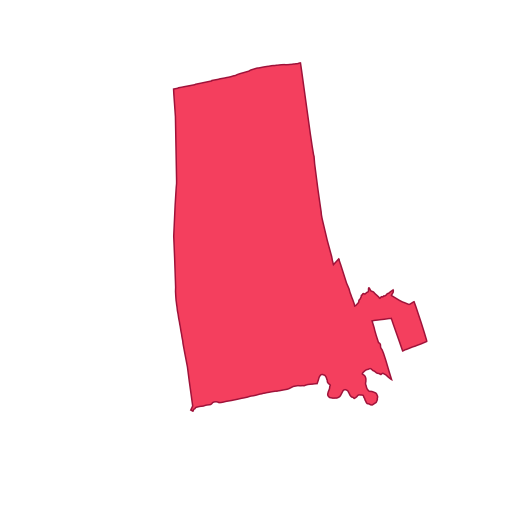 Largu, Buzau, Romania, rotated 152°
{"feature_id": "2599482B79173737631548", "entity_name": "Largu", "entity_type": "district", "adm_level": 2, "iso_a3": "ROU", "parent_name": "Romania", "parent_adm1": "Buzau", "projection": "orthographic", "projection_center": [27.131, 44.958], "detail": "fine", "context": "isolated", "style": "filled", "palette": "rose", "viewbox_px": 512, "rotation_deg": 152, "n_neighbors": 0, "source": "geoboundaries", "source_scale": "gbopen_adm2", "svg_char_len": 5992}
<svg xmlns="http://www.w3.org/2000/svg" viewBox="0 0 512 512"><g transform="rotate(152 256 256)"><path d="M212.6,431.7L213.0,431.4L228.7,436.0L229.7,436.0L245.4,440.9L246.5,440.9L250.4,442.1L252.6,437.4L261.7,416.9L290.9,359.5L292.2,357.1L294.3,353.9L303.5,338.9L319.3,312.2L328.9,292.2L341.7,266.0L343.7,262.5L345.6,258.4L347.5,254.1L347.9,252.9L349.1,249.8L349.6,248.3L351.1,244.5L352.0,241.5L353.4,237.6L354.3,234.7L354.5,233.9L354.9,232.8L355.3,231.7L355.9,229.6L357.6,224.7L358.5,221.7L359.3,219.5L360.6,215.3L361.5,213.1L364.2,204.6L368.6,190.3L373.4,177.6L382.3,153.3L385.9,150.6L385.4,150.0L385.1,149.3L384.9,148.9L384.6,148.7L384.4,148.7L384.1,148.7L383.6,149.4L383.3,149.6L383.0,149.8L381.5,149.9L380.8,150.3L380.4,150.5L379.6,150.4L377.9,150.0L376.1,149.5L373.4,148.4L372.8,148.2L371.4,148.0L370.4,147.8L369.4,147.5L366.3,146.3L366.0,146.2L365.6,146.2L364.7,146.3L363.8,146.6L363.2,146.9L362.7,146.9L361.6,146.8L360.9,146.6L359.6,146.0L358.9,145.5L357.8,144.4L357.3,144.0L357.4,143.9L356.8,143.5L355.5,143.0L353.6,142.4L350.7,141.7L345.1,139.8L344.3,139.6L339.5,138.2L335.7,137.2L334.8,136.9L333.6,136.5L332.9,136.3L331.5,135.9L329.8,135.4L327.4,135.0L326.2,134.7L323.8,133.8L321.3,133.1L317.0,132.2L316.5,131.9L315.4,131.6L314.2,131.4L312.6,130.8L310.6,130.3L308.6,129.6L306.9,129.1L304.8,128.4L303.4,127.9L302.7,127.7L300.9,126.8L299.4,126.4L298.4,126.0L294.4,124.8L291.3,123.8L290.5,123.6L289.2,123.4L284.3,123.3L279.9,121.9L278.0,120.7L275.6,119.6L274.7,119.0L274.3,118.8L272.9,118.7L270.6,118.2L269.3,117.7L267.2,116.8L266.1,116.3L264.9,115.9L262.5,114.9L262.0,114.6L259.6,116.8L258.7,117.7L257.6,118.9L256.9,119.5L255.5,120.3L254.8,120.6L254.2,120.6L253.7,120.5L253.2,120.3L252.8,120.1L252.1,119.2L251.7,118.9L251.3,118.4L251.1,117.6L251.0,117.0L251.0,115.8L251.1,115.0L251.3,114.2L251.4,113.7L251.3,113.2L251.5,112.7L252.0,111.5L252.1,111.0L251.9,109.3L251.1,107.7L251.1,107.2L251.2,106.8L251.9,106.4L253.2,104.6L253.4,104.3L256.1,102.0L256.8,101.2L257.5,100.4L257.8,99.8L258.0,99.2L258.0,98.4L257.8,97.4L257.4,96.5L257.2,96.2L256.4,95.7L255.6,95.0L255.0,94.5L253.7,93.8L253.0,93.5L252.2,93.1L251.5,92.7L250.3,92.5L248.3,92.5L247.3,92.9L246.6,93.3L242.2,96.3L241.8,96.4L240.9,96.4L240.4,96.3L239.7,95.9L239.2,95.4L238.4,94.2L238.3,93.7L238.2,93.4L238.3,92.0L238.2,90.4L238.4,89.7L238.2,87.9L237.7,86.5L236.9,85.8L236.6,85.4L236.4,85.0L236.3,84.3L236.1,84.1L234.4,84.2L232.9,84.5L232.1,84.9L231.4,85.1L230.6,85.1L230.2,85.0L229.1,84.3L228.3,83.9L226.9,82.8L226.8,82.5L226.9,81.3L227.1,80.6L227.0,79.5L227.0,79.0L227.2,78.2L227.3,77.7L227.3,76.7L227.3,75.8L227.4,75.0L227.3,74.2L227.1,73.5L226.8,73.2L226.2,72.8L225.3,71.9L224.9,71.1L224.2,70.4L223.2,69.9L218.7,70.3L218.1,70.7L216.3,72.2L215.8,73.3L215.3,73.7L214.7,74.6L214.5,75.2L214.3,77.6L214.6,78.8L215.7,80.2L216.8,81.5L217.7,82.3L219.3,83.2L219.7,83.8L220.0,84.5L220.1,85.5L220.3,86.4L220.2,87.5L219.9,89.0L219.6,90.0L219.6,90.7L219.3,91.6L218.9,92.4L217.6,94.1L217.3,94.9L216.9,95.4L216.6,96.1L216.3,97.3L216.2,98.1L216.2,98.7L216.4,99.7L217.4,101.6L217.5,102.0L217.3,102.2L217.1,102.4L216.6,102.7L215.8,103.0L213.6,103.6L212.6,103.7L211.6,103.7L210.9,103.5L210.4,103.3L208.7,103.2L208.2,103.0L207.8,102.8L207.4,102.3L207.1,101.5L206.8,100.8L206.5,99.9L205.5,98.7L204.5,96.3L204.0,95.6L202.5,94.4L202.1,94.0L202.0,93.5L201.8,93.4L201.8,93.1L201.6,92.9L201.3,92.7L200.1,93.0L199.4,93.0L199.0,92.8L198.7,92.5L198.1,91.5L197.2,90.2L196.9,89.4L196.2,87.3L195.6,85.9L194.8,84.1L194.3,83.3L192.6,92.1L191.2,98.9L191.1,99.4L190.4,102.8L189.1,110.2L188.7,114.0L188.9,115.4L188.9,116.2L188.8,117.0L187.8,119.2L187.7,120.0L187.8,120.7L188.1,121.5L188.5,121.9L187.2,129.3L186.1,134.5L185.4,137.1L184.0,144.2L181.5,143.5L178.5,142.3L176.6,141.6L172.9,140.1L167.8,138.3L166.8,137.7L165.8,137.4L166.8,131.5L169.7,112.3L170.9,104.7L171.1,103.3L170.5,103.2L168.1,103.2L167.1,102.9L160.4,102.2L157.3,101.6L156.5,101.6L151.5,100.9L145.4,100.4L145.1,101.0L144.8,102.2L143.4,109.2L141.5,119.4L138.7,135.8L137.9,141.4L138.3,141.5L143.0,141.2L143.6,141.4L144.1,141.8L146.8,145.1L148.2,146.6L150.2,149.5L154.9,157.4L154.9,157.7L151.9,159.6L151.0,160.9L150.9,161.7L153.5,161.4L155.2,161.1L155.9,160.9L156.4,160.8L156.9,161.0L157.7,161.0L158.5,160.9L159.2,160.5L160.1,160.3L161.0,160.3L161.4,160.4L162.0,160.8L162.9,160.4L163.2,160.4L163.4,160.5L163.9,161.0L164.2,161.1L164.8,161.1L166.3,160.5L166.5,160.5L166.8,161.0L166.8,161.5L167.0,162.4L167.9,165.0L168.3,166.0L168.7,167.2L169.0,168.6L169.3,169.3L169.7,169.8L170.4,170.6L170.8,171.0L170.9,171.4L171.0,172.4L171.0,174.5L171.2,174.8L171.4,174.9L171.7,174.7L172.2,174.0L173.1,172.3L173.5,172.0L174.0,171.7L174.6,171.7L175.2,171.8L175.8,171.7L176.4,171.5L177.6,171.3L177.9,171.4L178.5,172.2L178.8,172.4L179.3,172.5L179.6,172.3L180.1,171.9L180.4,171.8L181.1,171.9L181.5,171.7L182.2,170.7L183.1,170.0L184.2,169.2L184.9,168.9L185.7,168.7L186.1,168.3L186.7,167.4L187.1,167.0L187.7,166.6L188.6,166.3L190.9,165.5L191.3,165.4L192.4,165.5L191.8,167.4L191.2,171.4L190.9,173.7L190.9,174.3L190.5,176.7L190.1,179.8L189.9,180.7L189.3,183.3L188.8,189.5L185.4,208.1L184.6,213.2L184.3,213.6L184.2,214.2L184.3,214.6L191.7,212.0L191.6,212.5L191.0,214.7L190.6,216.5L190.1,217.9L189.4,220.2L188.9,222.5L185.7,236.6L184.8,240.0L180.4,256.8L179.8,258.9L178.9,261.7L177.8,264.3L174.5,273.5L169.7,286.7L160.9,310.0L158.0,316.7L157.7,318.2L154.9,326.5L150.5,338.9L128.6,398.6L126.1,405.6L127.3,406.1L128.3,406.1L128.9,406.3L129.6,406.5L130.5,407.0L131.5,407.3L132.8,407.9L134.9,408.6L135.8,409.1L136.4,409.3L137.2,409.6L138.1,410.0L138.9,410.4L139.8,410.8L141.0,411.6L142.6,412.4L144.9,413.4L147.3,414.3L148.3,414.8L150.1,415.4L152.3,416.5L156.1,417.7L156.7,418.0L160.8,419.4L165.2,420.7L166.8,421.4L167.7,421.6L172.9,422.6L173.7,422.7L175.0,422.6L175.7,422.6L177.9,423.1L180.8,423.7L183.9,424.4L186.2,424.8L187.6,425.0L189.2,425.0L190.1,425.2L191.1,425.6L193.9,426.1L196.2,426.7L198.3,427.4L199.9,427.8L203.5,429.0L204.8,429.4L206.3,429.7L212.6,431.7Z" fill="#f43f5e" stroke="#9f1239" stroke-width="1.5"/></g></svg>